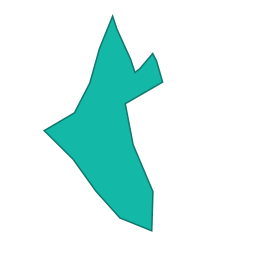 the Dependency of Carriacou and Petite Martinique, rotated 133°
{"feature_id": "GRD-5069", "entity_name": "Carriacou and Petite Martinique", "entity_type": "Dependency", "adm_level": 1, "iso_a3": "GRD", "parent_name": "Grenada", "parent_adm1": "", "projection": "orthographic", "projection_center": [-61.462, 12.485], "detail": "fine", "context": "isolated", "style": "filled", "palette": "teal", "viewbox_px": 256, "rotation_deg": 133, "n_neighbors": 0, "source": "natural_earth", "source_scale": "10m", "svg_char_len": 399}
<svg xmlns="http://www.w3.org/2000/svg" viewBox="0 0 256 256"><g transform="rotate(133 128 128)"><path d="M187.1,187.5L153.4,177.5L121.1,186.6L89.2,203.1L56.7,215.5L63.3,203.5L76.1,172.7L82.7,160.8L76.7,159.8L56.7,160.7L59.5,152.9L70.8,134.0L112.1,146.6L136.8,112.8L157.6,66.3L187.0,40.5L199.3,72.5L196.1,108.2L188.3,146.9L187.1,187.5Z" fill="#14b8a6" stroke="#0f766e" stroke-width="1.5"/></g></svg>